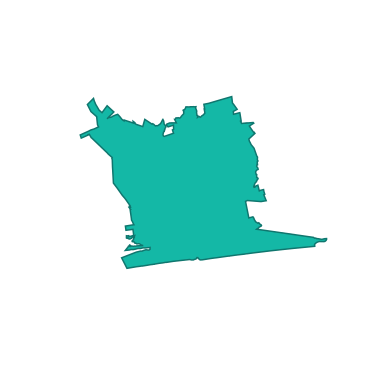 Acapetahua, Chiapas, Mexico, rotated 307°
{"feature_id": "50627088B93400387524803", "entity_name": "Acapetahua", "entity_type": "district", "adm_level": 2, "iso_a3": "MEX", "parent_name": "Mexico", "parent_adm1": "Chiapas", "projection": "mercator", "projection_center": [-92.769, 15.222], "detail": "fine", "context": "isolated", "style": "filled", "palette": "teal", "viewbox_px": 384, "rotation_deg": 307, "n_neighbors": 0, "source": "geoboundaries", "source_scale": "gbopen_adm2", "svg_char_len": 6099}
<svg xmlns="http://www.w3.org/2000/svg" viewBox="0 0 384 384"><g transform="rotate(307 192 192)"><path d="M232.4,125.1L231.8,125.1L228.9,125.6L227.6,125.7L224.8,124.9L224.1,124.5L223.6,123.7L222.8,123.1L222.8,122.1L223.0,121.0L222.9,119.5L222.3,119.4L222.1,118.8L221.6,110.6L214.6,113.3L212.5,106.9L212.4,106.0L212.5,105.3L212.6,105.0L212.9,104.9L213.0,104.7L213.0,102.5L211.8,103.8L208.6,94.4L208.1,94.4L207.9,94.6L207.8,93.1L207.9,92.2L208.8,88.8L209.3,85.9L208.9,85.7L208.2,85.1L206.9,84.3L204.6,83.0L203.5,82.7L202.0,81.5L201.5,80.6L199.3,80.1L202.8,80.5L205.7,81.0L208.9,81.4L209.8,72.3L201.2,72.4L201.4,69.3L201.5,68.4L202.7,65.6L204.1,62.2L205.2,60.4L205.7,59.4L207.5,57.0L198.9,55.8L195.4,62.9L194.8,70.5L188.8,76.1L187.8,78.2L183.3,75.8L180.7,73.9L179.0,73.1L178.2,72.7L170.3,68.4L168.4,71.1L175.2,74.9L175.4,74.5L176.3,75.2L174.7,78.9L174.8,79.2L173.5,90.1L172.5,98.4L172.3,100.4L171.9,102.2L171.5,107.5L170.6,107.8L169.8,108.9L164.1,113.5L161.9,115.4L151.8,123.9L150.1,129.9L147.3,138.6L146.6,142.0L145.8,144.7L143.6,151.3L143.4,151.3L142.9,150.8L142.6,152.0L141.8,151.1L141.1,153.4L140.8,153.1L137.5,156.4L134.3,159.6L133.3,160.5L133.0,160.9L132.5,162.4L131.8,163.4L130.9,165.3L124.7,159.3L121.7,162.3L126.6,167.3L122.4,171.5L122.1,171.2L121.4,170.9L121.1,170.5L120.3,170.3L120.0,169.9L119.2,169.1L118.3,168.4L119.0,167.7L117.8,166.5L117.6,166.0L115.8,167.3L115.8,167.6L116.1,168.1L116.4,168.0L116.6,168.2L116.4,168.8L116.5,169.6L116.8,170.4L117.0,170.6L117.7,171.1L118.4,171.3L118.7,171.6L119.6,171.6L120.6,171.5L120.8,171.5L121.1,171.9L121.3,172.1L121.5,172.6L121.9,172.7L121.6,172.8L121.1,173.2L120.9,172.7L120.7,172.7L120.2,173.2L119.5,173.5L119.1,173.8L118.6,174.0L118.3,174.0L118.0,173.7L117.4,173.6L116.8,173.7L116.5,173.9L116.4,174.1L116.6,174.5L117.1,175.4L117.3,175.9L117.3,176.1L116.8,177.0L116.8,177.4L117.3,178.0L117.4,178.4L117.3,179.0L118.1,180.1L118.5,180.3L119.0,181.2L119.1,182.0L118.9,182.6L118.9,183.0L119.3,183.6L119.6,184.8L119.9,185.3L115.8,180.4L114.7,179.5L114.0,178.4L113.4,178.0L112.7,176.6L112.1,176.1L111.5,175.7L111.1,175.2L111.0,174.5L112.0,175.2L112.2,175.3L112.3,175.2L112.2,174.1L105.2,173.9L107.9,176.8L109.5,178.1L110.5,179.6L112.3,181.2L113.8,182.4L114.5,183.0L115.7,184.7L117.9,186.5L119.5,188.7L121.1,190.3L121.7,191.1L122.5,191.9L120.9,193.0L120.2,192.8L119.4,192.2L118.2,190.0L116.0,188.4L115.1,187.9L114.4,187.3L113.9,186.5L112.7,185.5L111.9,184.9L110.5,183.7L97.1,175.4L91.9,186.0L99.1,192.8L101.4,195.2L102.2,195.9L103.0,196.9L106.1,199.9L108.9,202.5L110.4,204.1L110.9,204.5L111.3,205.0L111.6,205.4L111.9,205.5L115.3,208.7L117.9,211.4L118.2,211.6L118.6,212.1L119.5,212.8L120.4,213.9L125.5,218.9L135.6,229.6L136.7,230.8L137.4,232.4L138.5,233.9L138.9,234.2L139.1,234.2L139.4,234.3L139.8,234.7L140.9,235.5L141.8,235.5L142.6,235.4L143.1,236.2L142.8,236.6L142.7,237.9L142.6,238.9L142.8,239.5L143.0,239.8L144.1,241.1L149.7,246.5L152.3,249.1L154.5,251.4L162.6,259.5L163.5,260.6L164.1,260.9L164.2,261.2L168.4,265.4L168.7,265.8L169.1,266.1L170.0,267.1L174.0,271.3L175.2,272.4L176.1,273.4L178.7,276.0L192.1,289.9L200.0,298.3L208.3,307.2L222.5,322.7L224.0,321.4L225.4,321.6L226.7,321.9L228.1,322.7L229.1,323.5L229.6,324.1L229.8,324.6L231.6,327.0L232.4,327.8L233.3,328.1L234.1,328.2L235.2,328.0L235.8,327.5L234.5,326.0L232.3,324.2L230.4,320.4L229.8,319.8L229.7,318.6L228.9,317.8L228.9,316.4L202.1,267.7L201.1,266.0L202.1,266.2L203.1,266.7L204.5,266.8L206.1,267.7L207.0,267.7L207.3,267.1L207.4,266.8L207.2,265.3L207.6,264.2L207.6,263.8L206.8,263.5L206.6,263.2L206.6,262.9L206.7,262.3L206.5,260.9L206.8,260.0L207.0,259.7L207.3,258.9L207.4,258.5L207.8,258.0L207.9,257.6L208.3,257.2L208.4,256.9L208.4,256.6L208.7,256.3L208.8,255.6L205.5,253.0L216.7,240.4L218.5,241.3L225.9,252.9L229.7,256.5L233.0,251.0L234.0,251.5L235.6,249.2L237.0,247.7L234.6,245.7L233.4,245.1L237.1,240.5L234.2,238.9L233.8,239.3L233.3,238.9L233.8,238.4L233.5,238.2L232.9,238.7L233.5,238.0L236.6,237.1L237.8,237.0L239.1,237.3L240.0,236.7L240.6,236.9L241.1,236.7L241.2,236.8L241.7,236.8L241.8,236.8L242.2,236.8L242.7,236.5L242.7,235.1L242.5,234.9L243.7,234.1L244.5,233.2L244.6,233.3L244.9,233.2L244.9,232.7L244.8,232.4L246.2,230.8L246.9,230.5L248.9,230.6L249.1,230.7L249.7,231.1L249.8,231.2L250.1,231.1L250.4,230.4L250.7,230.2L251.0,229.6L251.1,228.9L251.5,228.1L252.5,227.7L252.9,227.5L253.2,227.9L253.7,227.5L253.6,227.3L254.1,226.8L255.4,226.0L255.5,225.9L255.8,226.1L256.1,226.1L256.4,225.7L256.8,225.6L257.0,224.8L259.3,223.3L259.7,222.1L264.3,215.2L265.3,211.2L265.5,210.5L266.4,208.9L267.1,207.3L268.5,205.5L276.7,207.0L277.1,205.6L276.7,205.5L278.1,201.0L279.2,198.1L284.1,199.9L284.3,199.0L279.4,193.6L279.6,193.6L276.6,190.4L277.7,188.2L278.2,188.6L283.8,182.8L284.1,182.4L279.1,178.4L281.2,176.5L285.2,178.3L287.0,172.6L287.4,170.8L292.1,166.3L279.8,157.1L272.9,152.0L269.2,148.7L265.9,152.2L265.6,151.8L263.6,154.0L262.5,154.9L262.2,154.9L261.9,154.7L260.5,154.7L260.0,154.4L259.8,154.5L259.5,154.4L258.8,154.0L257.1,153.8L256.7,153.6L256.6,152.2L256.1,151.8L255.0,151.5L256.0,151.0L256.4,150.7L256.5,150.5L256.1,149.8L258.1,148.0L258.5,147.5L259.0,147.4L259.3,147.2L259.7,146.8L260.3,145.8L260.7,145.4L260.8,144.8L261.3,144.3L261.8,144.1L262.5,143.8L261.4,142.6L261.2,142.1L259.1,139.4L258.9,139.3L258.6,138.9L258.2,138.5L256.3,135.9L255.1,136.3L254.7,136.3L253.9,136.5L253.1,136.3L252.6,136.1L252.3,135.7L252.0,135.7L251.7,135.9L251.6,136.7L251.3,137.0L250.8,137.2L250.4,137.7L250.0,138.0L249.7,138.0L249.4,138.2L248.8,138.3L247.6,138.0L246.6,138.0L246.1,137.9L245.0,138.0L243.9,137.8L243.6,137.7L243.4,137.2L243.2,136.8L243.0,136.2L242.8,136.0L242.3,135.8L241.6,134.6L240.2,134.9L239.6,134.3L237.8,137.9L233.8,132.7L233.4,132.4L231.0,131.0L230.2,131.3L229.9,131.9L229.6,133.7L234.2,137.0L231.0,139.6L229.8,139.0L227.8,141.9L219.7,136.4L219.5,135.6L220.2,134.4L222.2,133.4L223.4,133.2L223.7,133.4L224.7,132.8L225.2,132.9L225.5,132.8L225.8,132.4L226.1,132.3L226.8,132.1L227.5,132.2L228.1,132.0L228.4,131.7L229.0,131.0L229.2,130.1L229.2,129.9L229.4,129.2L229.6,128.7L230.3,128.0L230.6,127.8L231.8,126.4L232.4,125.1Z" fill="#14b8a6" stroke="#0f766e" stroke-width="1.5"/></g></svg>